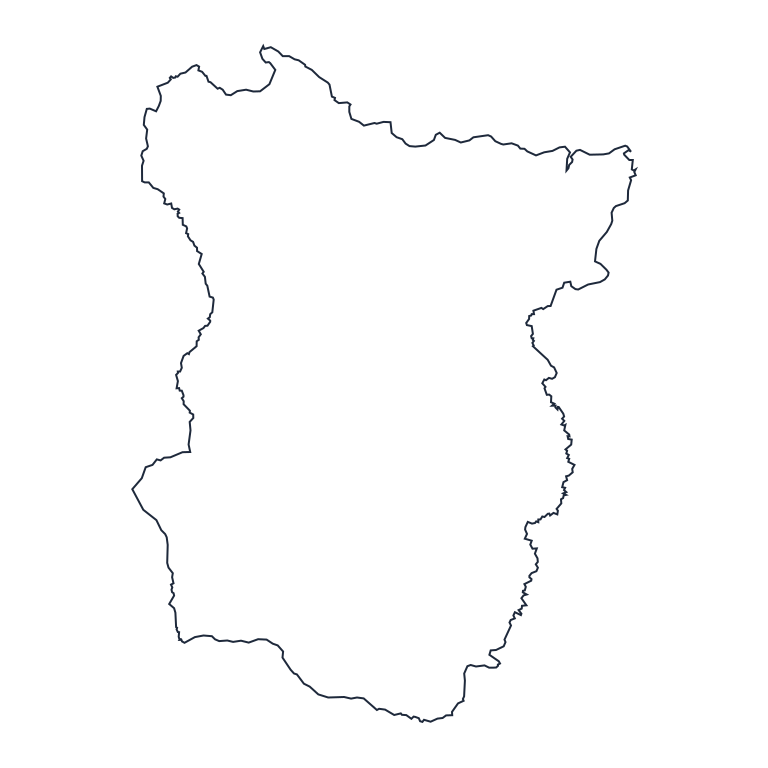 Manggarai Timur, Nusa Tenggara Timur, Indonesia
{"feature_id": "22746128B57997288446056", "entity_name": "Manggarai Timur", "entity_type": "district", "adm_level": 2, "iso_a3": "IDN", "parent_name": "Indonesia", "parent_adm1": "Nusa Tenggara Timur", "projection": "orthographic", "projection_center": [120.695, -8.574], "detail": "fine", "context": "isolated", "style": "outline", "palette": "slate", "viewbox_px": 768, "rotation_deg": 0, "n_neighbors": 0, "source": "geoboundaries", "source_scale": "gbopen_adm2", "svg_char_len": 6074}
<svg xmlns="http://www.w3.org/2000/svg" viewBox="0 0 768 768"><path d="M184.5,642.8L194.9,637.1L203.5,635.5L211.9,636.2L215.0,639.3L219.2,641.1L227.3,640.5L233.1,641.9L241.0,640.7L248.7,642.6L258.1,639.2L266.6,639.6L272.8,643.7L277.7,645.4L283.1,651.5L282.5,657.6L290.6,669.7L294.0,673.5L296.9,674.4L303.9,683.7L309.7,686.6L318.3,694.4L328.2,697.5L344.1,697.0L351.1,698.6L357.0,697.5L363.7,698.4L376.9,710.0L379.1,708.8L385.1,709.6L394.2,715.0L400.8,713.4L401.9,714.8L406.3,715.1L411.4,718.8L413.6,716.6L415.2,716.9L418.8,718.2L420.1,721.2L422.4,721.9L424.0,719.8L430.6,721.7L437.5,718.6L442.6,718.0L446.1,715.4L452.2,715.2L452.0,711.9L458.0,703.4L463.6,700.8L462.9,699.0L464.1,696.4L464.9,680.6L464.2,673.5L467.4,666.2L470.7,665.0L476.0,666.5L484.5,665.4L489.2,667.7L492.6,667.7L496.2,667.5L498.0,665.8L497.9,664.6L500.0,663.5L498.8,661.3L489.4,654.8L490.7,650.4L496.0,650.0L503.7,646.3L505.5,642.1L504.5,639.6L511.0,625.5L509.5,622.5L510.7,620.0L514.8,618.4L513.4,615.5L514.9,612.2L520.9,615.1L521.4,613.7L518.6,610.1L521.7,608.6L522.0,605.8L526.4,605.3L521.4,598.2L523.6,595.4L526.7,594.5L522.8,592.3L523.0,590.8L524.8,590.4L525.8,586.8L524.4,584.1L531.2,580.7L531.5,579.1L529.4,577.3L529.4,575.8L531.6,573.1L536.4,571.2L537.9,567.7L535.8,564.3L537.8,561.9L537.5,558.3L534.9,553.7L536.8,548.4L532.5,548.7L530.3,544.6L531.7,540.7L524.8,538.7L527.0,533.9L525.1,529.6L525.4,527.1L527.8,521.9L532.0,523.6L535.0,523.0L536.2,521.4L538.3,522.2L538.3,519.5L540.5,519.4L542.3,516.5L544.5,517.0L547.8,513.8L549.3,513.6L550.1,515.5L553.5,512.9L557.3,514.4L557.9,510.7L556.6,508.9L561.3,503.4L561.0,499.3L563.1,498.1L563.7,495.4L566.0,494.9L563.2,493.4L566.3,492.1L564.0,490.1L565.1,487.8L562.2,487.2L563.5,482.1L567.1,480.2L566.1,476.3L568.8,475.6L572.7,472.3L572.2,468.9L574.5,464.9L568.3,461.8L569.2,458.8L567.2,458.1L568.8,455.0L566.3,453.5L567.1,450.7L565.5,449.4L571.2,444.6L571.7,439.6L568.2,439.0L567.6,436.2L569.5,436.4L569.2,434.6L564.2,430.4L565.4,424.8L564.1,425.5L561.4,424.5L564.3,420.9L562.1,418.7L564.1,416.5L563.3,413.7L558.7,407.0L557.9,406.9L557.5,409.5L555.4,407.4L555.6,405.6L552.0,405.7L554.3,403.7L551.0,402.2L551.3,396.3L549.2,394.6L546.8,394.8L544.5,388.3L545.5,386.9L542.3,383.3L544.3,379.5L546.0,380.2L548.9,377.9L552.1,378.8L554.9,377.2L556.7,373.0L554.1,367.4L551.0,365.7L547.7,359.8L532.9,346.2L533.7,345.5L532.4,342.9L533.9,340.9L532.9,340.0L533.3,338.3L531.7,338.3L531.1,336.1L532.9,333.9L531.7,326.1L526.9,325.1L526.2,323.0L529.1,319.0L529.2,316.0L531.2,315.5L531.7,314.1L534.0,314.1L533.4,310.7L541.4,307.9L543.2,309.1L547.7,306.1L550.6,306.0L556.5,289.7L562.5,287.7L564.2,282.7L570.3,281.7L571.3,286.2L575.4,289.1L578.2,289.5L588.1,284.5L600.0,282.1L604.8,279.4L608.0,275.5L608.6,272.6L606.5,269.8L600.5,263.9L595.0,261.4L596.4,248.9L599.3,240.8L606.8,232.0L611.2,224.1L612.3,220.7L611.6,212.7L613.8,208.0L615.9,206.1L624.6,203.2L627.8,200.5L628.1,190.4L631.1,180.2L629.8,177.5L635.7,175.3L634.3,172.0L635.6,169.4L633.8,170.5L631.8,169.4L632.8,160.0L629.3,160.0L624.2,154.7L623.9,153.4L628.6,150.1L631.0,151.7L627.2,146.5L625.2,145.7L614.6,149.3L609.0,153.4L603.2,154.4L589.7,154.7L580.0,149.9L576.4,150.7L570.7,156.8L572.6,159.5L572.1,162.0L569.2,164.9L568.4,168.3L566.5,170.6L567.2,158.8L570.0,152.4L565.0,146.7L559.5,147.4L552.5,150.9L544.2,152.3L536.0,155.4L527.3,151.4L524.5,148.8L520.3,148.6L517.9,145.6L511.6,143.3L503.3,144.5L501.1,143.9L495.3,141.2L491.1,136.5L488.1,135.2L473.4,137.3L469.4,140.4L460.8,142.5L455.1,139.9L445.1,137.9L439.7,132.7L435.8,134.8L433.9,140.0L425.5,145.5L415.3,146.6L409.5,146.1L405.6,143.6L402.3,139.2L396.6,137.2L391.7,133.0L390.5,122.2L383.5,121.9L376.7,123.7L374.5,123.0L363.9,125.6L359.1,121.8L351.4,118.9L349.3,111.9L349.3,106.4L350.5,104.5L347.3,102.4L338.8,103.1L334.5,100.1L335.0,97.9L331.9,96.6L329.5,84.6L327.8,82.6L319.2,77.1L311.8,69.9L305.3,66.5L305.1,64.8L298.7,60.3L294.6,59.3L289.1,56.1L282.7,56.1L278.3,51.5L270.8,47.2L264.3,49.0L263.2,46.1L260.1,52.3L262.4,58.8L265.7,62.5L268.9,62.1L270.2,63.1L275.3,69.9L269.4,84.2L260.1,91.3L253.3,91.5L246.1,89.7L237.3,91.1L230.8,95.2L226.0,94.6L222.7,89.7L219.7,87.8L217.6,88.7L210.5,82.2L208.5,81.7L206.5,75.9L205.4,75.9L202.1,71.8L198.4,70.4L199.1,66.6L196.5,65.1L192.1,66.7L185.5,72.5L180.4,73.7L177.6,76.7L175.8,76.3L175.3,77.5L173.2,77.9L171.1,76.4L169.8,77.9L170.8,79.4L167.8,82.7L157.4,86.7L160.8,95.9L160.7,100.9L158.8,106.0L156.1,111.3L149.8,108.6L146.8,108.9L144.5,117.1L143.8,124.9L147.2,129.6L146.1,138.5L147.9,146.3L146.8,148.8L142.7,151.2L141.3,155.6L143.6,160.8L142.0,165.7L142.1,181.2L144.7,182.4L148.8,182.4L153.3,187.9L157.7,189.2L163.8,193.4L163.5,196.6L165.3,199.0L164.2,203.4L167.2,204.5L171.2,203.5L172.0,207.9L174.3,209.3L177.6,208.6L179.2,209.6L177.9,211.6L179.1,212.9L177.6,213.7L177.7,216.3L179.2,217.8L182.6,218.1L182.8,224.8L186.3,226.4L187.1,228.4L186.1,233.2L188.2,234.1L187.9,236.3L190.5,240.3L193.1,241.9L194.4,245.6L197.0,247.7L197.1,251.1L201.7,254.0L198.8,264.0L203.7,271.8L202.4,273.5L204.9,276.8L205.7,283.7L207.3,285.7L209.6,296.6L212.9,297.6L213.7,299.6L212.3,312.3L210.2,314.2L209.8,317.2L207.9,318.6L210.2,320.6L210.2,321.8L207.5,325.7L205.1,325.9L203.4,328.1L198.7,330.7L200.8,334.3L198.6,337.3L198.8,339.8L196.7,341.3L196.6,346.2L189.5,352.1L188.9,354.1L187.3,353.2L183.6,355.9L181.0,363.1L181.8,367.8L180.1,371.5L177.8,371.5L178.0,372.9L176.1,374.9L177.9,381.1L176.6,388.3L179.1,388.1L179.7,390.6L181.8,390.7L183.5,395.2L183.5,396.7L181.8,398.2L183.7,401.2L183.6,404.2L189.9,410.7L189.7,412.6L193.2,414.5L193.3,418.0L189.7,421.9L190.5,430.4L188.6,444.5L190.2,452.0L182.5,452.2L170.4,457.3L164.1,457.7L160.6,460.4L156.8,459.4L152.5,464.9L145.7,467.2L141.8,478.2L132.3,489.2L143.3,509.8L156.4,520.1L161.3,530.2L165.2,534.1L166.7,537.3L167.7,544.9L167.2,562.9L168.5,567.6L172.8,573.2L172.1,577.2L173.5,583.3L171.0,584.6L172.3,587.4L171.5,589.7L172.1,592.2L173.6,593.2L174.1,595.6L169.2,604.0L174.1,608.2L175.4,612.7L176.1,627.1L177.1,627.8L176.6,629.4L177.8,632.0L179.1,632.2L178.7,636.7L179.3,638.9L180.3,639.1L179.7,639.9L181.4,639.8L182.0,641.4L184.5,642.8Z" fill="none" stroke="#1e293b" stroke-width="2"/></svg>